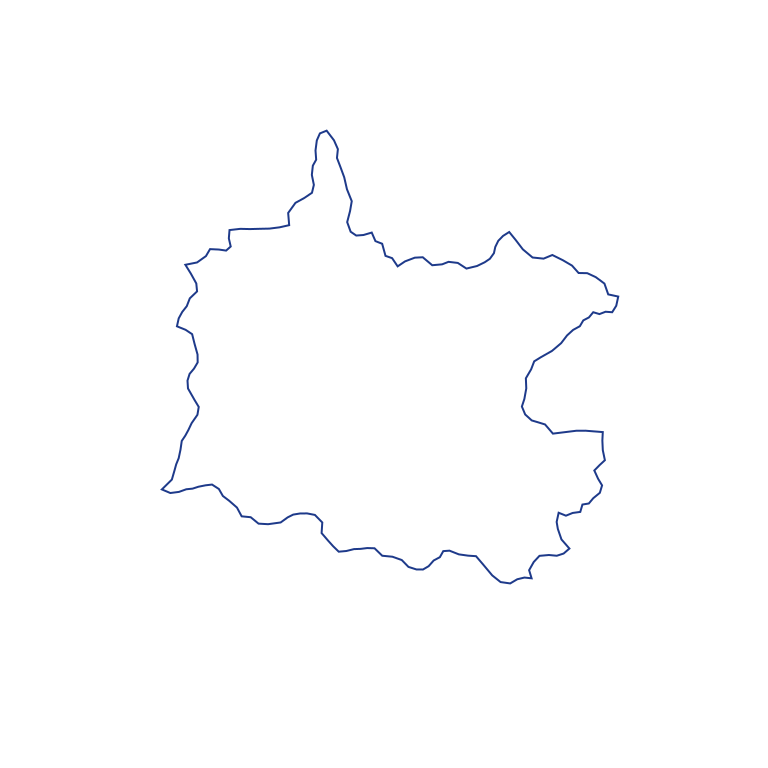 the district of Pouso Alto, Minas Gerais, Brazil, rotated 146°
{"feature_id": "56859067B83789258057197", "entity_name": "Pouso Alto", "entity_type": "district", "adm_level": 2, "iso_a3": "BRA", "parent_name": "Brazil", "parent_adm1": "Minas Gerais", "projection": "robinson", "projection_center": [-44.938, -22.177], "detail": "fine", "context": "isolated", "style": "outline", "palette": "blue", "viewbox_px": 768, "rotation_deg": 146, "n_neighbors": 0, "source": "geoboundaries", "source_scale": "gbopen_adm2", "svg_char_len": 2674}
<svg xmlns="http://www.w3.org/2000/svg" viewBox="0 0 768 768"><g transform="rotate(146 384 384)"><path d="M398.1,154.6L390.9,148.1L382.7,147.6L375.8,145.0L370.3,140.4L367.8,148.5L359.4,152.7L351.2,154.6L342.9,150.0L336.8,145.0L329.9,143.0L322.3,143.9L323.8,155.9L320.9,166.7L318.0,173.1L311.2,179.6L306.8,173.1L299.7,171.6L292.8,168.2L286.9,173.1L281.0,170.4L274.4,172.3L265.9,173.1L259.9,178.0L259.5,185.7L258.0,194.7L250.1,196.3L243.5,197.3L239.6,206.8L234.6,215.0L229.5,221.8L243.2,232.7L250.5,237.6L271.7,248.4L273.1,260.4L277.7,266.1L281.9,271.2L284.0,279.8L282.3,288.2L276.0,293.1L268.5,300.8L263.2,309.4L253.8,313.9L246.8,318.8L239.2,318.5L226.2,317.5L214.3,318.8L205.1,321.9L197.0,323.1L189.3,322.4L183.2,325.3L176.9,324.6L170.4,326.5L166.3,321.5L159.9,320.0L154.7,315.9L147.7,319.0L140.9,325.5L148.0,332.9L145.1,344.0L148.7,354.2L153.5,362.2L160.6,367.2L161.9,377.0L166.5,386.6L172.3,396.8L181.6,398.7L190.1,405.8L193.6,418.0L194.3,429.8L195.2,440.0L202.5,440.2L209.2,438.8L215.1,435.4L219.7,431.0L226.2,428.6L232.4,428.6L240.9,429.8L251.1,433.6L255.1,443.1L262.2,449.2L268.9,450.7L277.6,455.5L281.0,467.4L287.8,471.5L298.0,473.9L306.9,473.9L306.9,483.8L311.1,489.4L307.1,501.3L311.2,507.2L309.5,516.4L317.7,519.0L324.0,522.6L326.5,528.9L324.0,538.8L315.4,546.4L308.5,553.6L305.8,566.2L301.4,577.6L298.7,588.6L296.6,597.7L290.9,604.5L289.2,614.0L289.9,626.1L297.0,627.6L303.5,623.5L310.2,615.9L314.8,607.9L320.9,604.8L326.9,597.7L330.8,588.3L336.8,582.8L346.2,582.8L356.1,583.7L367.8,579.4L373.8,568.7L383.0,572.3L392.1,576.9L399.7,581.8L408.5,587.4L416.4,593.0L426.0,598.0L431.2,591.5L434.2,583.7L440.3,582.9L445.7,587.8L452.8,593.1L460.1,589.6L471.0,589.3L482.0,593.9L482.4,583.5L483.4,572.3L487.2,565.3L497.1,563.6L504.0,558.8L510.9,556.6L517.5,553.2L523.4,547.6L518.2,539.9L515.2,532.6L518.6,523.2L522.1,512.7L526.4,506.1L532.9,503.0L539.5,501.1L545.0,496.7L549.0,489.9L550.0,476.6L550.4,468.6L555.9,462.8L565.4,459.1L572.0,455.2L577.6,452.3L583.5,449.9L589.4,443.4L595.7,437.3L601.2,433.6L606.0,429.5L613.3,423.4L627.1,420.8L622.1,413.1L614.3,409.2L606.8,407.3L601.2,404.3L595.3,402.6L588.6,399.8L582.8,396.8L579.6,389.3L580.2,381.3L577.6,373.6L575.0,363.8L576.0,353.9L569.0,348.1L566.1,338.4L558.5,332.6L547.1,327.0L538.5,327.3L532.3,326.5L526.0,323.6L520.1,319.7L514.5,314.1L512.6,303.7L519.1,295.3L517.9,285.1L516.9,278.0L515.3,270.3L508.6,266.6L501.2,263.9L495.6,260.4L489.7,257.4L483.7,253.1L481.5,242.6L473.6,236.1L467.7,228.1L466.0,218.7L460.8,212.1L455.4,208.4L448.9,208.0L441.5,209.9L434.5,209.2L428.3,212.3L422.9,209.2L417.2,200.9L410.3,194.7L404.0,189.8L402.7,178.4L401.3,164.8L398.1,154.6Z" fill="none" stroke="#1e3a8a" stroke-width="2"/></g></svg>